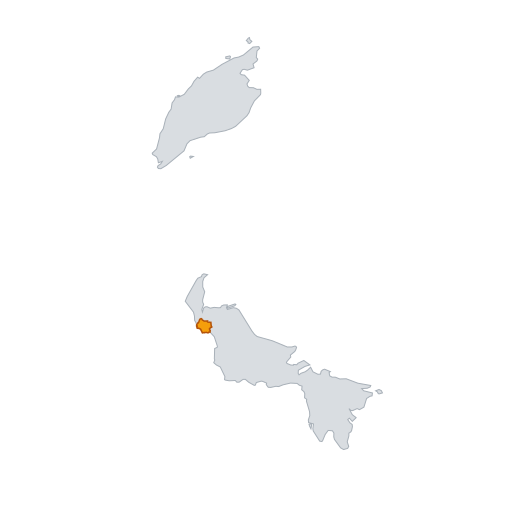 Lubok Antu, Sarawak, Malaysia shown in context, rotated 73°
{"feature_id": "92858781B44551979255249", "entity_name": "Lubok Antu", "entity_type": "district", "adm_level": 2, "iso_a3": "MYS", "parent_name": "Malaysia", "parent_adm1": "Sarawak", "projection": "natural_earth1", "projection_center": [111.911, 1.298], "detail": "fine", "context": "in_parent", "style": "filled", "palette": "amber", "viewbox_px": 512, "rotation_deg": 73, "n_neighbors": 0, "source": "geoboundaries", "source_scale": "gbopen_adm2", "svg_char_len": 5840}
<svg xmlns="http://www.w3.org/2000/svg" viewBox="0 0 512 512"><g transform="rotate(73 256 256)"><path d="M430.7,254.4L428.1,253.9L424.3,251.2L420.5,250.3L409.5,250.2L407.9,249.4L405.8,251.0L401.9,249.6L399.7,249.8L397.3,251.4L393.9,250.0L392.2,252.4L389.9,253.9L387.6,260.2L387.1,267.8L387.5,272.5L386.4,275.1L386.0,280.4L385.1,282.7L382.0,283.8L380.7,283.0L377.9,286.2L377.2,287.6L377.1,292.7L379.3,294.4L379.2,295.5L374.7,299.8L370.8,302.3L370.2,304.5L371.7,309.0L371.1,311.2L369.0,312.2L367.5,318.1L365.6,321.8L364.9,322.2L362.2,321.0L351.7,322.6L348.7,325.7L345.7,327.6L343.4,325.8L342.2,325.9L332.4,322.6L332.0,319.8L331.1,319.3L321.0,319.5L314.8,322.5L312.5,329.9L309.1,330.6L306.6,333.1L302.3,332.9L299.6,333.5L295.4,332.4L291.4,332.2L278.6,336.9L274.5,333.5L262.0,320.4L260.2,318.1L259.8,314.1L258.4,313.3L258.0,312.3L257.8,311.1L259.7,307.8L261.6,312.1L264.8,314.4L270.1,316.0L275.2,315.5L282.2,319.8L284.5,320.5L287.0,320.2L291.3,323.5L294.0,323.6L290.5,321.3L289.8,319.5L290.2,317.7L292.5,315.0L292.9,311.0L294.6,306.9L295.0,305.0L293.7,303.6L293.4,301.1L294.4,297.7L296.8,299.4L298.8,299.0L298.8,292.7L300.3,290.0L302.6,288.1L326.6,281.8L330.6,280.3L333.3,278.5L341.9,265.1L352.2,252.6L353.5,248.2L353.5,245.1L354.1,244.3L355.2,243.9L357.4,245.5L358.6,246.8L360.8,252.1L362.8,252.3L366.1,257.5L366.9,258.1L367.9,257.7L370.5,254.5L371.3,252.0L370.7,251.7L371.9,248.9L370.8,247.1L369.9,240.8L375.9,236.3L375.9,241.4L377.6,248.9L380.6,250.0L382.2,249.6L381.3,247.3L381.1,242.9L380.2,240.0L378.3,236.3L383.4,235.4L387.2,231.4L387.8,228.9L385.3,227.4L384.4,225.5L384.3,223.5L388.3,218.7L388.7,220.1L391.2,220.5L392.4,220.4L394.2,218.5L395.0,215.7L398.1,211.8L399.8,205.6L407.4,195.8L413.4,184.1L414.6,185.1L415.0,188.2L413.7,193.7L416.4,192.4L421.0,184.7L423.7,185.9L423.5,188.0L424.6,191.9L432.1,197.0L433.2,202.0L431.5,203.9L432.1,208.8L431.6,210.3L429.1,211.7L435.9,210.3L439.9,207.5L442.3,212.3L438.4,214.1L439.2,216.1L442.9,215.0L445.2,213.3L447.4,213.7L450.9,215.6L451.9,216.7L452.6,219.0L455.2,219.8L460.4,223.1L465.2,223.0L466.8,224.6L466.7,228.8L464.2,231.2L454.3,234.6L451.7,234.5L448.1,233.3L445.5,234.0L443.9,238.0L446.9,242.0L452.0,246.2L452.7,247.2L451.7,249.2L440.1,252.4L437.7,252.1L433.4,250.1L430.7,254.4ZM55.3,197.8L56.6,192.1L58.4,191.8L60.2,195.1L66.3,197.7L68.2,196.8L69.0,197.4L69.8,198.2L71.5,202.7L75.4,202.8L75.8,209.9L74.0,212.7L73.8,214.5L76.6,217.9L78.3,217.1L79.7,214.1L86.1,211.1L88.8,214.3L91.2,214.3L93.0,213.2L94.3,209.3L96.9,206.4L97.9,202.8L101.6,203.8L103.0,204.5L107.2,212.2L112.7,217.7L116.8,220.7L119.2,223.6L126.0,237.5L126.9,242.0L127.2,248.9L126.1,259.3L124.8,264.4L125.1,266.9L126.8,270.6L126.2,274.2L126.4,285.3L128.5,289.2L134.4,294.1L143.2,315.4L144.7,321.5L143.8,323.8L142.2,324.3L140.9,323.2L140.1,320.2L138.1,317.9L138.3,322.1L134.5,321.6L131.9,322.2L128.8,325.1L127.3,325.2L124.6,319.8L114.7,313.7L111.0,312.1L107.2,307.5L98.5,302.3L93.0,297.3L90.7,294.2L85.1,291.5L82.7,288.2L80.3,286.5L81.5,283.3L80.4,277.3L76.4,271.8L74.5,268.0L70.8,264.2L67.9,259.5L69.6,258.1L66.7,253.1L65.7,249.4L65.8,242.4L62.8,232.6L60.2,219.1L60.7,214.4L60.1,209.2L55.3,197.8ZM421.3,179.7L419.9,181.0L419.6,177.4L421.4,175.5L423.9,175.1L423.9,178.4L423.4,179.3L421.3,179.7ZM49.5,197.2L51.0,199.9L49.9,201.4L48.9,201.0L47.2,202.3L45.4,199.7L45.2,198.4L47.4,198.6L49.5,197.2ZM297.6,298.2L297.0,298.5L295.9,297.6L295.7,290.1L296.4,289.4L297.4,290.8L297.6,298.2ZM59.9,223.5L58.3,227.1L56.7,226.7L57.0,222.6L57.9,222.1L59.9,223.5ZM437.4,254.0L434.4,254.5L432.4,254.5L432.6,252.4L433.6,252.1L437.4,254.0ZM143.3,290.3L141.7,290.4L141.3,289.4L142.5,286.8L143.3,290.3ZM80.8,283.9L79.7,284.3L79.8,282.8L80.6,281.9L80.8,283.9Z" fill="#d9dde1" stroke="#a8b0b8" stroke-width="1"/><path d="M303.4,332.3L303.8,332.3L304.0,332.5L304.4,332.7L304.7,332.8L304.8,333.1L305.2,333.1L305.4,333.0L305.6,332.8L305.8,333.0L306.2,333.4L306.4,333.3L306.3,333.0L306.4,332.9L306.8,333.1L307.0,333.3L307.3,333.4L307.5,333.4L307.8,333.4L308.0,333.2L308.1,332.8L308.1,332.5L308.1,332.3L308.3,332.1L308.4,331.9L308.5,331.7L308.8,331.6L308.8,331.4L309.0,331.3L309.2,331.1L309.3,330.9L309.5,330.6L309.6,330.4L309.9,330.3L310.2,330.3L310.4,330.3L310.7,330.2L310.9,330.1L311.0,330.1L311.3,330.1L311.5,330.2L312.0,330.0L312.5,329.9L313.0,329.9L313.4,329.9L313.6,329.8L313.8,329.8L313.9,329.7L314.0,329.5L314.0,329.4L313.8,329.1L313.9,328.7L314.0,328.5L314.1,328.3L314.3,327.9L314.2,327.8L314.1,327.5L314.2,327.3L314.3,327.1L314.4,326.9L314.4,326.6L314.4,326.3L314.4,326.1L314.5,325.8L314.6,325.7L314.9,325.4L315.0,325.2L315.2,324.9L315.3,324.8L315.3,324.6L315.3,324.4L315.4,324.2L315.5,323.9L315.5,323.7L315.3,323.4L315.1,323.4L315.0,323.2L315.1,322.9L315.1,322.5L315.2,322.3L315.3,322.2L315.2,322.1L314.8,322.0L314.6,321.9L314.1,321.7L313.9,321.6L313.7,321.8L313.3,321.8L313.2,321.7L312.9,321.8L312.6,321.9L312.4,321.9L312.1,321.8L311.8,321.7L311.7,321.5L311.7,321.3L311.7,321.1L311.5,320.8L311.3,320.6L311.2,320.4L311.1,320.1L311.1,319.9L311.2,319.7L311.2,319.4L311.2,319.2L310.9,319.0L310.6,319.0L310.3,319.1L310.1,319.2L309.9,319.3L309.7,319.2L309.3,319.1L309.1,319.1L308.6,319.1L308.4,319.0L308.0,318.9L307.7,318.9L307.3,318.8L307.2,318.7L306.8,318.7L306.6,318.8L306.3,318.6L306.2,318.9L306.0,319.1L305.9,319.5L305.7,319.8L305.6,320.2L305.4,320.9L305.3,321.1L305.1,321.4L304.8,321.5L304.5,321.7L304.3,321.8L304.1,321.7L303.9,321.5L303.8,321.8L303.8,322.0L303.7,322.4L303.6,322.7L303.5,323.1L303.4,323.5L303.3,323.9L303.2,324.3L302.9,324.8L302.6,325.0L302.2,325.3L302.0,325.5L301.7,325.9L301.4,326.0L300.9,326.2L300.5,326.2L300.2,326.3L299.9,326.6L299.8,326.9L299.8,327.0L300.0,327.2L300.0,327.7L300.0,328.1L300.3,328.5L300.8,328.8L301.0,329.0L301.6,329.4L302.0,329.7L302.4,330.0L302.7,330.4L302.7,330.8L302.8,331.0L303.2,331.2L303.4,331.3L303.4,331.5L303.5,332.3L303.4,332.3Z" fill="#f59e0b" stroke="#b45309" stroke-width="1.5"/></g></svg>